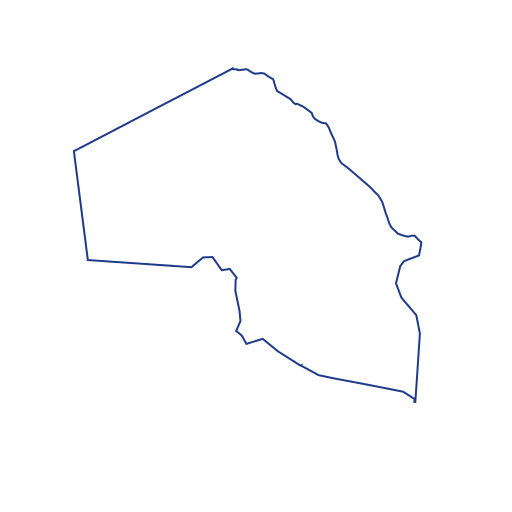 outline of Descolons, Soufrière, Saint Lucia, rotated 343°
{"feature_id": "8701671B18221439700807", "entity_name": "Descolons", "entity_type": "district", "adm_level": 2, "iso_a3": "LCA", "parent_name": "Saint Lucia", "parent_adm1": "Soufrière", "projection": "natural_earth1", "projection_center": [-61.022, 13.861], "detail": "fine", "context": "isolated", "style": "outline", "palette": "blue", "viewbox_px": 512, "rotation_deg": 343, "n_neighbors": 0, "source": "geoboundaries", "source_scale": "gbopen_adm2", "svg_char_len": 1557}
<svg xmlns="http://www.w3.org/2000/svg" viewBox="0 0 512 512"><g transform="rotate(343 256 256)"><path d="M288.1,69.9L287.3,70.1L199.1,86.4L112.5,102.5L94.0,210.7L190.9,247.8L205.0,241.9L206.9,242.4L214.1,244.3L219.1,259.6L227.1,260.7L231.2,271.3L229.6,272.8L226.1,283.1L224.1,304.3L222.1,313.7L215.1,321.9L219.1,327.8L221.1,337.2L238.2,337.2L249.2,353.7L263.8,370.7L266.3,373.6L266.7,373.7L267.1,373.7L266.9,373.9L281.1,388.3L296.8,396.9L328.1,413.3L357.0,428.8L365.8,439.1L366.1,439.4L364.7,441.6L365.3,441.9L365.7,442.1L374.0,420.4L390.0,378.2L391.0,369.0L392.0,359.5L386.4,346.5L382.9,338.4L381.9,323.1L391.0,307.8L391.1,307.7L396.0,304.3L398.9,304.0L412.1,303.1L413.1,301.1L417.1,293.7L417.6,292.2L418.0,291.1L416.0,287.8L413.6,282.9L410.4,282.1L407.5,282.0L405.4,281.1L404.7,280.8L404.5,280.6L402.2,279.1L399.7,277.2L398.3,276.2L395.2,270.7L393.7,267.8L393.4,265.9L392.9,263.0L392.9,258.3L392.9,256.8L392.6,254.0L392.6,247.9L392.6,247.4L392.6,246.3L392.5,241.2L390.8,234.1L387.9,228.8L385.4,223.7L370.3,199.7L364.8,192.2L363.5,187.5L363.5,183.5L364.3,177.5L365.0,169.3L363.6,159.8L363.2,154.5L361.8,149.7L357.9,147.8L355.2,145.4L352.5,142.2L351.3,139.3L351.1,135.4L345.2,127.4L339.8,122.4L338.2,122.4L336.6,120.3L335.0,116.3L328.4,108.8L324.3,104.3L324.1,100.4L324.1,99.0L324.1,98.7L324.1,95.6L324.2,94.0L324.0,91.9L321.9,89.7L319.6,87.1L317.6,84.2L314.4,82.5L312.1,82.2L308.4,81.4L306.8,80.3L304.5,77.9L302.5,75.3L300.7,74.4L299.5,74.2L294.0,73.3L292.8,72.8L292.7,72.1L287.9,70.3L288.1,69.9Z" fill="none" stroke="#1e3a8a" stroke-width="2"/></g></svg>